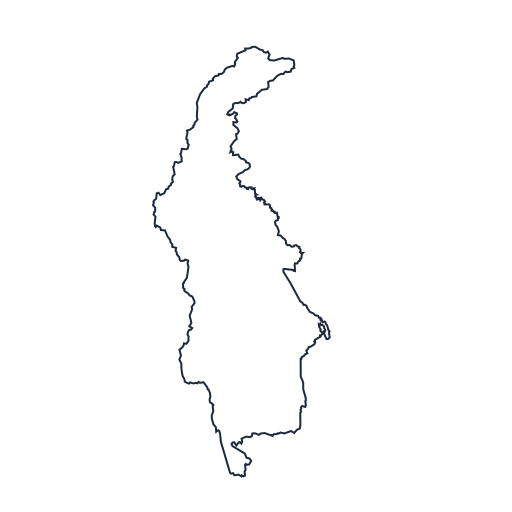 the district of Hkamti, Sagaing, Myanmar, rotated 331°
{"feature_id": "60261553B91156237471736", "entity_name": "Hkamti", "entity_type": "district", "adm_level": 2, "iso_a3": "MMR", "parent_name": "Myanmar", "parent_adm1": "Sagaing", "projection": "natural_earth1", "projection_center": [95.699, 25.834], "detail": "fine", "context": "isolated", "style": "outline", "palette": "slate", "viewbox_px": 512, "rotation_deg": 331, "n_neighbors": 0, "source": "geoboundaries", "source_scale": "gbopen_adm2", "svg_char_len": 6098}
<svg xmlns="http://www.w3.org/2000/svg" viewBox="0 0 512 512"><g transform="rotate(331 256 256)"><path d="M292.6,221.5L291.7,220.5L292.9,218.5L292.3,217.1L288.5,215.0L289.2,214.2L288.8,213.2L290.3,212.6L290.1,210.7L289.1,209.8L288.9,208.1L287.2,209.0L287.7,207.9L285.8,207.5L287.1,206.8L286.0,206.4L285.9,207.1L285.0,205.3L284.9,207.0L284.1,206.7L284.6,204.6L284.0,203.7L285.3,202.4L286.4,202.7L285.8,201.7L286.7,201.7L285.4,201.5L285.4,201.0L287.1,197.6L286.7,196.7L287.5,196.0L285.9,195.3L285.4,195.9L284.6,194.9L285.3,193.7L283.7,192.8L282.4,192.5L282.0,193.2L281.2,192.6L281.1,193.4L280.7,193.2L280.5,191.3L279.5,190.6L279.6,189.3L277.9,188.2L276.6,188.3L275.9,187.1L276.6,186.2L276.7,184.3L277.7,184.2L278.6,183.1L276.9,179.8L277.3,176.9L280.8,175.9L285.3,176.3L287.7,175.5L290.8,176.1L293.2,175.5L294.3,174.5L295.0,172.2L294.3,170.7L292.7,169.3L293.1,167.7L292.1,165.2L290.3,163.7L289.4,161.1L289.6,158.7L284.8,156.7L286.3,154.3L285.7,154.1L285.7,152.8L284.0,152.7L286.7,150.2L286.9,147.8L292.6,144.9L295.8,144.4L297.6,139.8L299.1,140.0L301.5,138.6L301.7,135.3L299.8,130.3L301.2,127.9L303.6,129.7L304.9,129.5L305.0,126.7L304.5,125.4L305.9,123.4L308.1,122.9L308.4,121.8L306.7,119.6L305.1,120.4L302.1,120.4L301.7,119.6L300.8,120.0L299.5,118.2L301.7,116.5L307.0,115.8L309.7,112.1L311.8,112.1L314.7,113.7L317.3,113.6L317.5,114.9L319.2,116.4L321.7,116.5L322.9,113.9L325.2,116.2L326.5,114.9L328.5,115.4L329.4,114.9L333.8,116.6L335.4,114.7L341.6,113.5L346.6,115.3L348.9,114.3L351.0,109.7L353.6,109.7L355.8,110.7L362.0,108.7L366.3,108.8L367.9,110.1L371.3,109.0L372.5,110.4L375.7,111.6L377.6,109.7L380.7,110.0L380.8,108.6L382.1,107.6L383.8,103.2L380.4,99.1L376.5,97.4L375.5,95.8L366.6,93.8L362.9,91.3L362.5,88.9L365.5,86.5L365.4,83.0L363.6,83.1L361.8,81.6L361.6,79.3L359.3,77.1L356.8,72.6L353.6,71.2L352.2,71.6L349.7,70.7L347.1,69.3L346.5,71.0L338.2,70.1L337.2,70.3L335.9,72.2L336.2,73.9L332.0,75.8L330.9,77.1L331.0,77.9L328.8,79.7L327.5,78.3L322.3,77.3L319.2,77.7L317.3,79.4L314.3,80.1L311.7,78.8L310.8,79.9L307.4,78.9L304.3,79.9L303.6,81.5L299.4,80.8L297.8,82.6L296.3,82.8L295.2,84.1L291.9,84.4L285.5,87.4L278.4,93.4L276.9,97.5L271.9,105.2L271.0,108.3L266.8,109.9L266.0,111.2L264.3,111.6L263.8,112.9L259.6,113.5L256.4,112.8L256.0,114.8L252.2,119.1L251.8,120.2L252.4,121.3L250.8,124.0L251.1,126.0L248.4,128.9L246.7,128.8L243.1,126.3L240.5,129.5L239.3,130.0L238.8,133.4L236.9,137.2L233.0,136.8L231.9,135.1L230.4,134.6L227.8,137.6L226.8,137.8L224.4,145.2L221.8,145.9L219.7,148.6L219.4,150.7L216.5,151.7L215.9,152.7L213.2,153.0L212.0,154.5L209.8,154.0L206.2,156.6L201.8,156.3L201.4,153.4L199.4,153.1L197.1,156.7L195.8,157.8L194.1,157.8L192.6,158.7L192.5,159.9L190.6,161.6L191.2,165.0L189.4,168.2L188.4,168.1L186.5,170.1L187.2,172.8L183.3,178.2L182.1,181.3L182.3,182.1L184.0,181.3L186.1,184.9L185.4,187.2L188.8,189.5L188.1,196.0L188.7,200.0L188.0,202.7L188.4,205.3L187.2,207.4L190.1,210.1L188.1,212.6L188.4,214.0L187.6,216.4L188.3,219.9L187.4,222.5L187.7,223.7L190.6,225.2L192.3,224.8L194.3,226.9L194.3,227.5L192.4,229.5L191.7,232.7L187.0,239.0L184.7,241.7L180.8,243.6L180.1,244.5L178.9,244.6L176.8,248.4L177.5,250.3L176.7,250.8L176.6,252.3L178.5,255.8L178.9,258.4L180.6,260.5L180.3,265.3L179.4,267.4L175.0,269.4L174.3,271.7L169.1,276.0L167.0,283.3L163.6,285.2L165.3,288.1L163.5,288.9L161.7,288.3L159.6,289.5L158.0,291.5L158.0,293.7L155.7,297.6L152.6,299.0L150.6,297.5L149.7,298.7L147.3,300.2L143.6,300.8L142.1,306.7L138.7,309.5L138.6,313.7L135.9,318.9L133.7,325.1L133.6,329.3L132.8,331.3L134.4,333.9L135.8,335.2L137.1,334.6L139.3,337.0L141.7,337.7L143.1,339.0L144.6,338.3L145.6,339.8L148.9,341.0L149.7,347.4L149.1,349.2L149.7,349.8L149.4,353.2L148.0,356.8L146.1,358.6L145.0,361.0L144.8,361.9L146.0,363.5L146.5,365.6L145.6,365.8L143.4,371.0L140.1,373.8L138.4,377.2L137.2,382.5L137.9,386.4L136.0,390.4L138.4,390.0L139.0,391.2L138.6,393.5L135.2,401.6L128.2,433.0L128.5,434.2L130.7,434.8L130.7,437.3L134.8,438.8L136.4,441.7L137.2,441.0L138.2,442.6L140.0,442.7L141.3,439.2L143.2,438.0L145.3,433.2L146.3,432.9L146.9,434.3L148.9,435.0L152.4,433.0L152.2,430.0L149.9,427.9L150.4,423.3L143.3,410.9L143.5,408.5L145.2,407.8L146.7,408.4L147.0,412.2L150.8,410.6L151.6,410.8L152.3,413.0L154.0,411.6L154.8,408.8L159.7,409.2L163.2,411.6L165.3,411.4L166.6,409.5L167.3,409.5L169.6,411.0L171.8,413.9L174.0,413.5L177.8,415.1L182.9,421.0L183.1,420.3L183.9,420.9L185.1,420.5L188.0,421.8L189.4,421.7L189.8,422.3L191.9,422.3L194.7,424.9L201.9,426.1L203.5,429.3L207.7,427.8L210.5,428.2L212.9,425.3L218.7,414.6L220.0,413.9L220.2,412.5L221.4,411.6L222.0,410.1L223.7,409.6L225.9,411.9L227.3,410.6L228.7,406.9L229.7,406.4L230.7,404.0L232.7,395.5L236.0,389.4L236.6,383.3L245.2,367.6L245.9,367.9L247.0,366.5L249.2,366.7L251.0,365.8L253.7,366.1L254.1,363.1L256.9,362.3L257.8,361.2L259.8,361.8L264.2,361.5L266.0,360.2L266.2,359.5L265.6,359.0L266.9,357.9L272.7,357.8L273.3,356.7L273.8,357.4L274.4,356.7L275.9,356.6L277.3,354.8L276.1,353.5L276.2,352.2L277.0,351.6L276.9,348.5L277.9,346.1L278.6,347.4L279.2,346.8L279.1,347.5L280.6,348.4L281.4,350.4L280.7,351.8L280.7,355.2L280.4,354.5L279.4,355.5L278.9,355.0L277.9,356.7L277.4,362.9L278.8,363.5L281.0,363.0L282.6,358.5L283.8,357.5L283.4,356.3L284.6,351.1L284.2,349.9L284.5,347.7L284.3,346.6L282.0,346.2L282.7,342.9L281.5,343.2L282.2,341.1L281.3,340.9L281.2,338.3L279.0,336.6L278.4,334.2L276.1,331.1L275.6,326.6L276.0,324.1L275.1,322.3L274.0,322.0L273.8,318.9L272.8,317.5L273.0,296.4L272.3,283.0L273.6,280.8L274.2,280.8L281.7,286.2L281.6,287.0L282.8,288.1L285.8,281.9L286.7,281.3L288.4,282.6L290.6,281.2L292.1,281.3L293.2,279.7L294.1,280.2L294.9,279.6L297.1,276.5L298.4,276.1L296.8,275.4L296.3,273.9L297.5,273.4L298.1,271.5L297.6,270.2L298.4,269.2L296.9,267.6L296.5,266.0L294.4,265.4L293.7,266.0L291.6,265.1L290.8,262.8L288.7,261.7L288.3,259.7L289.4,257.4L289.2,254.9L288.1,253.1L287.6,250.2L285.2,248.3L287.9,245.7L288.8,240.8L288.2,238.7L289.0,235.4L290.4,234.8L292.6,235.1L293.6,233.4L294.2,233.8L294.8,233.0L294.0,232.1L295.2,228.2L293.5,227.6L293.0,226.7L293.7,226.2L291.9,224.3L292.7,224.1L292.6,223.2L291.9,223.1L292.6,221.5Z" fill="none" stroke="#1e293b" stroke-width="2"/></g></svg>